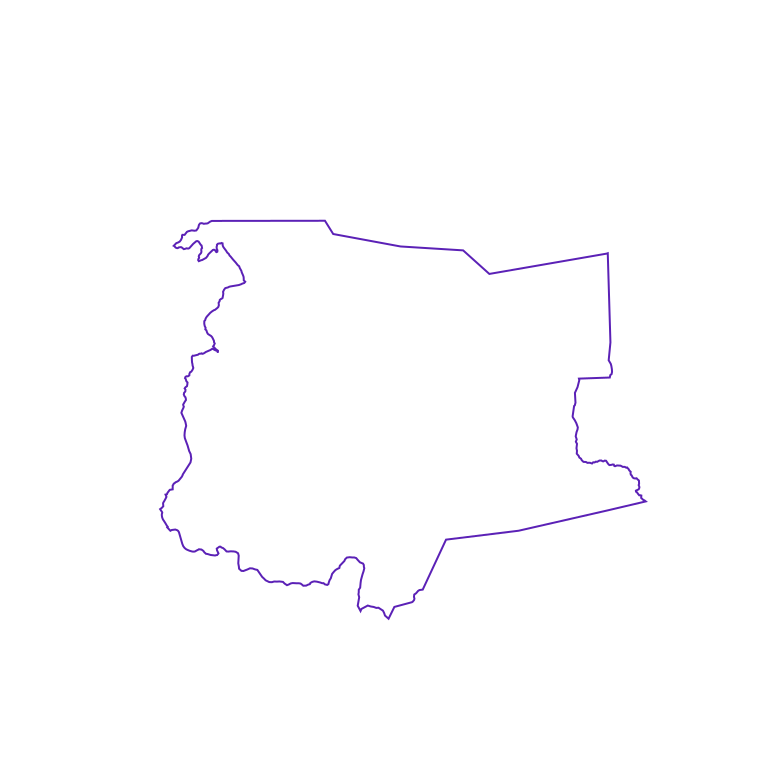 San Francisco Sola, Oaxaca, Mexico, rotated 331°
{"feature_id": "50627088B91493319317799", "entity_name": "San Francisco Sola", "entity_type": "district", "adm_level": 2, "iso_a3": "MEX", "parent_name": "Mexico", "parent_adm1": "Oaxaca", "projection": "robinson", "projection_center": [-96.931, 16.519], "detail": "fine", "context": "isolated", "style": "outline", "palette": "violet", "viewbox_px": 768, "rotation_deg": 331, "n_neighbors": 0, "source": "geoboundaries", "source_scale": "gbopen_adm2", "svg_char_len": 6142}
<svg xmlns="http://www.w3.org/2000/svg" viewBox="0 0 768 768"><g transform="rotate(331 384 384)"><path d="M412.3,228.2L411.5,212.6L312.5,157.9L310.6,157.7L307.8,158.0L306.7,157.7L306.0,157.3L304.0,156.5L303.3,155.6L302.1,154.7L300.8,154.4L299.2,155.2L297.3,157.3L295.9,158.0L294.3,158.7L292.6,158.1L290.3,156.4L286.8,155.5L285.4,155.4L281.9,156.9L280.0,155.8L279.2,156.4L278.4,158.0L277.4,158.7L276.4,159.5L274.4,160.4L272.2,160.4L270.7,160.1L267.1,161.2L267.5,161.8L267.9,163.7L268.9,164.9L269.6,165.2L270.6,165.0L272.7,165.8L273.2,166.3L274.3,169.0L275.3,169.3L277.1,169.6L277.8,170.2L278.6,170.7L279.6,170.8L285.1,168.9L289.1,168.1L290.2,168.6L290.9,169.7L291.2,173.4L291.6,174.4L290.8,176.9L289.9,177.2L289.1,178.2L288.7,179.3L288.2,180.1L287.4,180.8L284.8,181.7L283.9,182.5L283.5,184.0L282.1,184.8L281.5,185.6L281.6,186.8L284.1,187.1L285.0,187.4L289.6,187.4L291.9,186.4L292.9,185.6L294.0,185.2L299.3,183.8L300.4,184.1L301.0,184.9L301.2,185.7L301.1,186.8L301.5,187.5L302.3,187.5L302.9,186.8L303.2,186.0L303.2,184.9L304.0,183.0L305.1,181.9L305.4,181.2L306.6,180.8L308.1,181.2L309.3,181.9L310.1,181.8L311.0,182.7L310.1,184.6L309.9,186.0L310.0,187.3L310.5,190.8L310.6,193.0L311.3,195.1L311.2,196.8L311.6,198.0L312.3,202.0L313.2,205.9L313.7,209.1L314.4,210.8L314.1,212.6L314.1,215.9L313.7,217.4L313.4,220.6L313.2,221.9L312.9,222.8L311.6,225.4L312.2,227.3L310.7,227.9L308.7,227.5L307.6,227.5L305.1,227.1L296.9,224.2L295.8,223.9L294.4,223.9L291.7,223.2L289.8,224.0L287.9,225.4L287.4,226.8L286.5,228.1L284.5,230.5L283.4,230.7L282.7,230.6L281.2,230.8L280.2,232.0L278.7,232.8L277.8,235.0L276.4,236.3L275.1,236.7L272.1,237.2L271.1,237.0L269.0,237.1L266.6,237.5L261.6,239.2L259.8,240.2L258.5,241.5L257.3,241.9L256.0,244.2L255.3,246.4L255.2,248.4L254.2,249.6L254.7,251.0L254.3,252.7L254.2,254.4L254.4,255.2L256.1,258.3L256.4,259.9L256.2,263.8L255.6,265.1L255.6,266.5L254.0,267.7L252.8,268.2L253.8,272.1L254.9,274.4L253.9,276.1L254.2,274.3L253.3,273.3L252.6,272.4L251.0,269.9L248.7,270.1L243.4,269.6L242.2,269.8L240.8,269.8L239.7,269.5L239.4,268.8L238.6,268.7L237.4,268.1L236.6,268.0L235.5,268.2L231.4,267.1L230.4,266.5L229.0,267.2L227.3,270.5L226.5,272.3L226.2,273.5L225.6,274.9L225.0,277.5L223.5,278.7L221.4,279.8L220.1,279.7L218.7,280.8L217.9,282.1L216.2,282.2L215.0,281.5L213.9,281.5L212.8,282.4L213.0,283.4L212.5,285.8L212.9,287.4L211.8,289.0L210.6,290.4L208.8,290.6L207.5,291.2L207.6,292.8L206.6,294.2L204.9,294.8L203.8,296.1L203.6,298.1L203.9,299.3L203.6,300.6L203.0,302.0L201.2,302.9L198.4,304.6L198.0,305.8L197.9,306.8L197.0,307.6L194.6,309.3L192.8,311.0L192.0,320.4L191.6,321.9L190.7,324.7L188.2,327.2L186.3,329.6L184.6,332.2L183.6,334.7L182.9,339.1L182.4,342.5L181.1,348.2L180.9,351.6L179.2,355.9L176.7,358.8L164.1,365.6L163.7,366.1L162.2,367.1L157.4,369.0L156.1,369.1L154.0,368.9L152.9,369.2L151.8,369.2L150.9,369.9L150.0,370.3L148.1,373.7L145.3,372.7L141.9,374.2L140.7,375.2L139.3,374.8L139.1,376.9L138.9,377.0L138.8,377.4L136.9,378.7L134.8,380.0L133.5,380.7L132.9,381.3L131.7,383.9L129.7,384.6L127.5,384.9L127.8,388.3L127.7,389.0L126.6,390.1L126.3,390.6L125.8,391.6L125.3,393.1L125.0,395.2L125.3,399.1L125.4,402.6L125.6,404.1L124.9,404.3L126.0,408.8L127.6,408.8L130.9,410.1L132.3,411.7L132.7,412.6L132.8,414.2L130.1,426.0L129.8,428.5L130.1,430.7L130.8,432.5L131.6,433.7L133.1,435.6L135.0,437.5L136.0,438.2L137.3,438.8L140.4,438.8L141.5,438.9L142.0,438.8L144.1,440.3L145.1,442.4L145.3,444.3L145.7,445.2L145.9,446.1L147.3,447.2L149.5,449.5L153.1,452.1L154.1,452.3L155.1,452.7L156.5,452.2L157.1,451.9L157.3,448.6L157.9,446.9L159.1,446.7L160.0,446.7L161.0,446.5L161.7,446.7L162.2,447.1L162.5,448.1L163.7,449.5L164.4,451.3L165.1,454.1L166.6,455.1L168.6,455.9L171.1,457.4L172.9,458.8L174.3,461.3L173.7,463.7L169.6,470.2L168.6,473.2L167.7,475.3L168.7,478.3L170.4,479.4L174.7,480.0L177.4,480.2L179.6,481.6L181.3,483.6L183.1,485.2L183.9,493.6L184.7,496.0L185.3,498.3L187.6,501.6L189.9,503.0L192.2,503.5L194.5,504.9L196.8,506.0L199.7,508.1L200.3,510.3L201.6,512.9L203.6,513.2L205.7,513.2L207.6,513.8L210.6,515.7L212.8,516.9L214.3,518.1L215.1,519.9L215.6,521.3L218.2,522.6L220.4,522.7L222.1,523.1L223.2,522.3L225.3,522.3L227.3,522.8L229.4,524.3L231.9,526.6L233.4,528.3L234.6,528.9L235.1,530.5L236.9,532.2L238.3,532.1L239.6,530.7L241.3,529.2L243.3,528.1L246.6,524.9L249.2,523.9L251.3,523.2L253.6,523.1L255.7,523.3L257.3,521.5L263.5,519.6L265.1,518.4L267.4,517.8L270.1,518.9L272.1,520.3L273.9,521.3L275.3,522.8L275.7,525.0L276.5,528.3L278.6,530.9L278.6,532.5L277.7,534.3L277.5,535.5L275.3,537.9L273.0,540.0L268.9,544.2L267.1,546.6L264.4,550.6L262.2,551.7L260.9,554.0L259.7,555.5L258.9,558.5L253.5,565.2L253.4,571.2L255.2,569.8L262.4,569.9L264.6,572.2L266.9,574.0L268.7,576.1L270.7,577.0L273.2,581.7L273.1,584.3L272.6,587.0L274.2,591.5L285.0,584.0L302.7,588.4L303.7,588.3L305.6,587.5L306.6,586.4L307.0,584.7L308.4,582.8L310.6,582.6L313.5,581.5L315.1,581.4L318.2,582.6L362.8,550.2L430.6,577.6L518.1,602.9L556.0,613.6L555.4,612.1L554.6,611.1L553.7,608.3L555.0,606.3L554.4,605.7L553.3,605.1L553.0,603.7L552.7,601.3L552.2,600.3L552.6,599.4L555.7,599.6L557.1,598.5L557.6,597.3L557.7,595.9L558.7,595.0L560.1,592.2L560.0,591.4L559.6,590.7L559.2,588.9L557.8,588.4L556.6,587.3L556.2,586.0L556.3,583.9L555.9,583.0L556.4,581.4L557.2,580.4L556.6,578.4L556.7,577.2L556.1,574.8L555.3,574.7L554.4,573.2L552.7,572.3L551.3,570.1L548.3,568.2L546.2,567.9L545.7,567.3L545.9,565.9L544.9,565.2L543.8,565.0L542.0,564.3L541.6,563.7L541.3,562.3L541.0,558.8L539.9,558.0L538.3,558.0L537.7,557.5L536.9,556.2L535.3,555.4L532.7,555.4L531.6,554.6L530.2,554.7L529.0,553.9L527.4,554.4L526.0,552.8L525.0,552.2L523.7,551.6L522.8,550.1L520.7,548.8L520.0,546.5L520.1,544.9L519.2,543.0L519.4,541.2L518.8,538.4L520.4,536.0L521.2,533.5L523.8,529.9L523.8,527.5L525.7,525.9L526.3,522.7L529.1,519.4L531.2,517.6L532.5,515.9L533.2,511.6L533.3,508.3L533.0,504.7L533.3,503.7L539.6,495.4L540.5,495.2L542.4,493.2L546.7,484.3L551.7,480.6L556.7,475.3L557.1,473.8L584.6,487.8L586.3,485.9L587.8,485.7L589.3,484.0L590.5,481.5L591.6,478.4L592.1,476.3L592.0,472.2L602.2,457.4L643.1,378.1L641.9,377.9L529.5,338.8L518.0,305.5L465.1,271.7L412.3,228.2Z" fill="none" stroke="#5b21b6" stroke-width="2"/></g></svg>